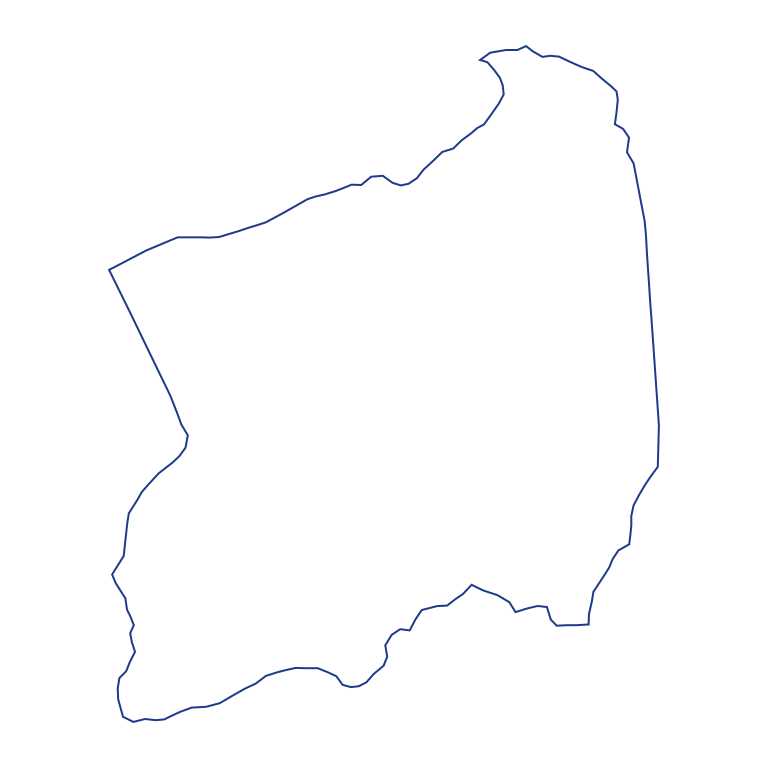 the district of Magé, Rio de Janeiro, Brazil
{"feature_id": "56859067B89003269813909", "entity_name": "Magé", "entity_type": "district", "adm_level": 2, "iso_a3": "BRA", "parent_name": "Brazil", "parent_adm1": "Rio de Janeiro", "projection": "albers", "projection_center": [-43.116, -22.606], "detail": "fine", "context": "isolated", "style": "outline", "palette": "blue", "viewbox_px": 768, "rotation_deg": 0, "n_neighbors": 0, "source": "geoboundaries", "source_scale": "gbopen_adm2", "svg_char_len": 2170}
<svg xmlns="http://www.w3.org/2000/svg" viewBox="0 0 768 768"><path d="M133.4,721.9L145.1,719.0L156.0,720.2L164.3,719.4L172.5,715.4L180.0,711.9L191.7,707.6L206.1,706.8L219.7,703.2L233.0,695.4L244.6,688.8L255.6,683.7L265.9,675.9L277.2,672.3L285.8,670.1L295.8,667.9L304.6,668.2L317.7,668.2L327.9,672.3L336.3,676.2L342.7,684.9L351.0,687.1L358.9,686.2L366.4,682.3L373.7,674.0L383.6,665.7L387.2,656.7L385.3,645.3L391.7,634.8L400.2,629.2L409.7,630.4L415.4,619.5L421.8,610.0L437.1,606.1L447.1,605.6L455.6,599.0L463.1,593.9L471.6,584.8L483.0,590.4L497.4,595.1L509.4,602.2L515.5,612.1L527.4,608.4L537.6,606.0L546.9,607.0L550.8,619.6L556.7,625.7L566.9,625.2L576.1,625.2L588.6,624.5L589.0,614.0L591.8,601.8L593.4,591.8L599.3,582.9L604.6,574.8L609.2,567.5L612.6,559.2L618.4,550.4L629.2,544.3L630.5,533.8L631.3,525.6L631.3,515.9L633.6,505.3L639.3,494.6L644.9,485.1L650.1,477.3L657.8,466.8L658.9,425.4L653.8,351.9L651.5,319.3L650.2,302.3L648.7,279.1L647.9,267.9L647.0,254.0L645.9,234.3L644.6,220.9L633.6,163.4L627.0,152.3L629.0,137.6L623.1,128.9L614.9,124.2L616.5,112.5L617.8,99.7L616.5,91.4L611.0,86.2L601.6,78.4L593.2,70.9L581.6,67.0L569.0,61.4L559.0,56.6L549.9,55.8L542.5,56.9L532.8,51.3L526.1,46.1L517.3,50.0L506.0,50.0L490.2,52.7L480.1,60.0L487.4,62.2L493.9,69.7L499.9,77.8L502.7,85.3L503.7,94.4L498.8,103.6L490.6,115.3L483.9,124.5L477.3,128.0L471.4,133.1L461.8,140.2L453.2,148.5L442.4,151.9L432.3,161.6L423.5,169.7L417.0,178.1L408.5,183.8L400.7,185.4L392.5,182.8L382.8,175.8L371.2,176.7L361.2,185.0L351.5,184.7L343.2,188.1L335.5,191.1L324.5,194.5L314.9,196.7L307.3,199.3L281.9,213.7L265.7,222.4L255.7,225.6L246.2,228.5L239.3,230.9L230.0,233.7L219.2,237.0L209.5,237.6L200.7,237.3L177.8,237.3L170.2,240.4L146.4,250.4L109.1,269.9L130.0,312.3L159.4,373.2L165.7,386.1L170.7,396.6L176.7,411.9L181.4,424.6L187.8,435.3L185.5,447.7L179.5,456.0L172.6,462.5L158.7,473.3L148.2,484.7L141.8,492.0L137.4,499.8L128.8,513.4L127.3,522.9L123.7,556.0L112.1,574.5L115.7,583.1L125.4,598.4L127.0,609.6L130.5,616.7L133.8,625.2L130.2,633.2L131.9,642.3L135.0,651.8L129.7,662.4L126.1,671.4L119.4,678.0L117.7,688.5L118.2,699.4L123.0,716.8L133.4,721.9Z" fill="none" stroke="#1e3a8a" stroke-width="2"/></svg>